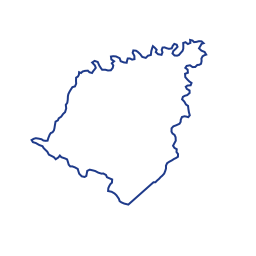 Urupema, Santa Catarina, Brazil (Robinson projection), rotated 164°
{"feature_id": "56859067B45014114874295", "entity_name": "Urupema", "entity_type": "district", "adm_level": 2, "iso_a3": "BRA", "parent_name": "Brazil", "parent_adm1": "Santa Catarina", "projection": "robinson", "projection_center": [-49.915, -28.011], "detail": "fine", "context": "isolated", "style": "outline", "palette": "blue", "viewbox_px": 256, "rotation_deg": 164, "n_neighbors": 0, "source": "geoboundaries", "source_scale": "gbopen_adm2", "svg_char_len": 3060}
<svg xmlns="http://www.w3.org/2000/svg" viewBox="0 0 256 256"><g transform="rotate(164 128 128)"><path d="M32.0,188.7L33.4,191.0L35.9,191.9L38.3,191.9L40.8,192.3L41.9,194.3L44.0,195.5L44.6,192.6L47.3,192.2L49.1,194.6L51.5,194.5L52.2,191.6L53.0,189.0L54.3,187.1L56.7,185.6L59.0,184.1L60.9,184.0L63.3,184.9L64.7,187.4L63.2,189.5L60.1,191.1L58.0,192.4L58.2,194.6L60.3,196.1L62.3,194.7L64.0,192.5L66.8,192.8L68.8,194.0L70.6,195.4L72.6,195.8L74.1,193.8L74.0,191.2L75.6,189.1L78.7,190.6L80.4,193.3L78.9,195.3L80.1,197.7L81.5,199.8L82.7,198.2L84.4,195.5L85.9,191.9L88.8,192.0L91.6,190.5L94.7,192.4L95.9,195.6L97.7,198.6L99.0,200.1L101.5,201.1L102.8,199.0L102.0,195.6L102.8,192.4L105.2,192.6L107.0,194.3L109.1,194.9L110.2,193.2L111.3,191.1L113.9,192.2L116.6,194.2L116.8,197.4L119.8,200.1L122.5,201.1L124.7,201.4L125.1,198.5L123.0,196.0L125.7,194.7L124.9,192.2L126.1,190.0L128.6,188.2L131.4,188.8L133.8,190.3L136.8,191.1L137.6,193.2L138.4,196.0L138.9,199.8L141.6,201.7L144.4,200.8L142.6,197.3L142.4,194.7L144.0,193.5L145.6,192.4L147.4,190.8L149.7,192.2L150.8,194.2L153.7,194.8L156.1,194.8L158.0,193.8L159.6,195.1L160.5,192.8L161.9,191.3L164.0,190.7L165.0,187.6L165.6,184.9L167.5,182.6L170.2,182.6L172.5,180.6L174.2,179.0L176.0,177.0L177.0,175.1L178.2,171.6L179.4,169.0L181.4,167.4L182.0,163.9L184.1,160.6L186.5,159.4L189.1,157.3L191.9,156.4L193.3,154.7L195.9,154.1L197.5,150.8L198.8,148.0L199.9,146.1L201.7,144.7L203.7,144.4L205.1,143.2L207.3,140.4L208.8,138.0L210.8,138.4L212.8,139.3L214.2,141.0L216.8,142.4L219.4,143.6L221.6,143.6L224.0,143.0L223.3,140.6L220.8,139.0L218.0,136.1L215.2,134.1L214.6,131.9L213.6,130.1L212.1,127.5L211.4,124.2L209.3,122.3L207.3,120.4L206.1,117.9L203.0,118.9L201.1,120.3L200.1,118.3L196.8,116.0L195.2,114.6L195.1,112.0L195.1,109.1L194.1,107.0L192.2,106.5L190.0,104.9L187.6,102.5L187.6,100.1L187.5,97.5L185.8,94.3L183.2,92.9L181.3,93.4L180.2,95.6L179.0,98.0L176.3,98.5L173.4,96.9L171.4,95.7L168.9,93.3L166.0,91.4L164.3,91.1L162.1,88.9L161.8,86.5L160.0,85.0L157.4,82.9L158.5,79.9L160.4,78.9L161.8,77.6L163.5,75.6L164.5,72.9L161.3,71.2L159.0,68.8L157.7,66.6L156.3,62.5L156.2,60.0L154.9,58.4L152.5,56.4L148.8,54.3L118.5,68.8L116.6,68.3L114.5,69.5L112.1,70.6L110.2,71.8L108.2,72.7L105.8,74.2L104.0,76.5L102.6,78.7L101.9,81.3L100.1,83.4L97.6,84.2L94.7,84.8L92.2,85.6L90.2,85.9L87.9,86.6L87.1,89.2L88.0,91.6L87.0,94.2L88.8,96.0L89.6,98.5L87.6,100.6L85.6,102.6L84.8,106.0L85.2,108.6L86.7,110.4L87.2,112.5L86.2,115.7L83.9,117.1L81.2,117.3L79.2,117.6L77.3,117.9L75.7,119.4L75.0,121.4L73.1,123.7L70.5,123.7L68.8,122.9L67.1,121.8L65.1,123.2L65.1,126.4L64.7,129.7L64.2,132.7L65.8,134.6L66.6,137.9L68.1,140.7L66.6,142.8L64.6,143.3L62.0,143.3L59.1,144.7L58.5,147.1L60.7,149.4L61.1,151.7L59.2,152.4L56.0,151.8L54.5,153.8L56.2,155.8L57.6,158.3L58.9,161.1L58.2,164.4L55.2,164.6L54.6,167.7L56.3,170.0L54.5,171.5L51.1,171.2L49.2,168.8L46.6,168.1L44.0,169.5L42.1,169.1L40.1,169.6L38.8,172.1L38.3,174.5L36.5,176.4L34.5,176.9L32.6,177.0L33.4,180.0L36.1,182.1L37.8,185.0L35.5,187.2L34.1,188.6L32.0,188.7Z" fill="none" stroke="#1e3a8a" stroke-width="2"/></g></svg>